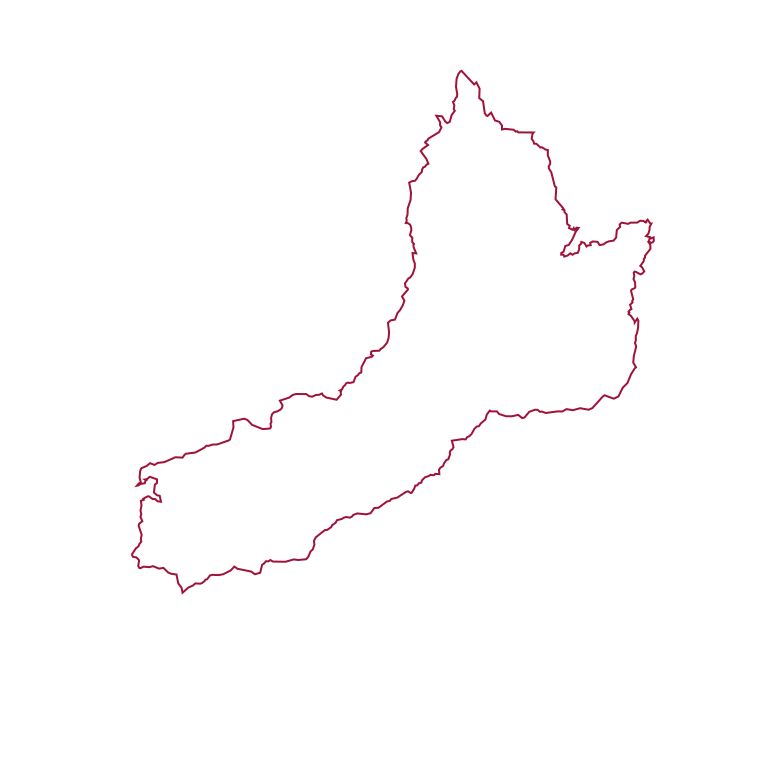 outline of Lopatari, Buzau, Romania, rotated 226°
{"feature_id": "2599482B38865643072398", "entity_name": "Lopatari", "entity_type": "district", "adm_level": 2, "iso_a3": "ROU", "parent_name": "Romania", "parent_adm1": "Buzau", "projection": "orthographic", "projection_center": [26.556, 45.546], "detail": "fine", "context": "isolated", "style": "outline", "palette": "rose", "viewbox_px": 768, "rotation_deg": 226, "n_neighbors": 0, "source": "geoboundaries", "source_scale": "gbopen_adm2", "svg_char_len": 6143}
<svg xmlns="http://www.w3.org/2000/svg" viewBox="0 0 768 768"><g transform="rotate(226 384 384)"><path d="M555.4,657.3L555.8,656.0L555.4,653.0L553.1,648.2L547.8,642.3L541.6,638.0L539.9,636.0L540.0,634.6L538.8,631.5L539.0,629.6L535.6,628.2L533.2,625.0L531.3,624.7L530.5,619.5L526.9,613.4L527.7,610.8L530.1,610.4L536.2,611.7L540.6,608.0L533.3,606.2L531.1,604.0L528.8,603.7L526.9,598.7L529.7,586.3L529.1,584.7L529.5,582.1L529.1,581.3L525.3,581.7L526.3,575.0L526.1,572.2L516.4,570.8L511.6,568.9L512.2,567.2L511.9,564.1L512.6,562.7L511.7,560.2L510.3,558.6L510.2,554.4L508.8,549.5L508.7,547.4L510.3,545.3L511.4,542.0L502.9,536.4L497.8,530.8L493.9,523.1L489.5,518.6L487.8,515.3L485.7,513.8L484.6,511.5L483.4,512.8L480.5,513.5L477.9,512.3L475.8,510.7L473.1,506.1L469.5,505.9L466.5,502.9L463.9,502.9L463.7,501.8L461.8,500.3L455.6,497.9L458.4,495.5L453.2,491.6L449.3,489.9L446.3,487.0L443.2,481.1L442.4,476.9L443.0,475.0L441.8,468.9L438.8,466.9L436.3,467.5L435.3,466.9L434.5,457.8L429.7,456.5L427.6,452.3L426.0,446.9L425.7,443.1L422.7,436.6L425.1,433.0L425.3,429.4L417.7,423.6L413.8,419.1L411.6,415.0L410.9,409.0L411.5,406.0L411.2,403.8L415.6,398.8L416.1,397.1L414.4,395.1L412.2,395.7L412.1,393.9L415.0,389.1L411.8,379.6L408.1,375.7L408.9,373.6L408.5,371.3L409.0,368.6L406.5,363.3L408.7,359.9L410.1,359.0L410.8,357.2L410.2,355.2L410.4,353.1L409.4,350.4L409.9,347.8L408.8,348.5L408.1,347.0L406.2,345.7L405.6,339.0L414.3,333.1L418.1,332.2L420.3,332.8L421.4,329.6L423.3,327.6L424.8,323.5L427.4,321.6L430.7,321.1L437.8,313.9L439.5,310.9L440.1,306.3L444.4,297.5L439.2,296.2L437.8,294.2L437.5,292.1L438.3,288.5L440.1,285.2L440.0,282.4L438.2,279.4L434.8,276.5L434.3,274.8L431.6,272.9L431.2,271.0L435.9,265.4L446.3,260.7L452.9,260.8L456.1,259.4L462.1,249.7L457.3,245.5L451.1,234.7L451.2,233.3L456.4,222.0L459.6,218.5L461.2,215.1L463.0,213.3L463.0,210.5L465.7,200.8L471.4,193.1L471.6,191.1L471.0,187.9L476.2,183.1L480.4,171.7L484.3,166.6L485.3,162.6L489.6,160.7L489.9,156.3L492.0,150.9L490.7,148.0L486.4,143.1L482.1,140.7L482.8,138.5L482.5,135.6L481.6,137.1L481.3,139.3L478.8,143.0L480.0,145.1L479.9,146.1L481.4,145.7L480.2,147.4L480.0,151.0L473.1,154.5L470.5,151.8L470.8,149.3L465.7,143.1L461.7,143.4L459.4,145.0L454.2,141.8L456.9,139.7L460.3,139.4L461.8,137.7L466.5,136.9L467.5,135.6L468.7,131.0L467.6,130.7L468.9,128.0L465.1,125.2L462.1,120.9L458.9,118.9L457.6,116.5L453.2,114.9L453.5,110.7L452.4,109.0L443.8,104.9L441.4,101.3L439.2,99.9L438.8,96.8L437.8,94.6L438.1,91.2L436.6,84.6L435.8,83.8L434.0,83.4L431.3,85.4L428.0,85.5L426.8,84.9L423.9,80.8L421.6,80.2L420.6,81.1L419.7,84.1L415.3,87.9L413.4,91.3L407.5,93.9L404.9,97.6L398.3,97.8L395.4,99.0L391.1,102.4L383.5,97.5L378.0,96.8L373.8,94.1L373.5,101.9L371.8,106.4L371.6,109.8L368.0,113.1L367.2,114.8L366.9,117.9L367.3,119.5L366.4,121.2L367.2,125.7L366.1,127.8L361.4,132.3L358.9,136.1L356.4,144.0L356.6,149.5L352.8,150.3L341.3,158.2L336.8,159.0L334.2,163.8L338.6,170.7L338.2,173.2L338.5,176.0L336.8,177.5L336.3,180.0L333.5,180.7L324.6,189.6L320.5,197.2L316.9,200.1L312.0,206.3L312.3,209.4L314.6,215.0L314.4,217.7L316.8,222.4L319.8,224.6L321.1,228.4L320.0,239.9L318.5,241.8L317.7,246.7L318.5,248.5L317.8,252.8L318.7,255.6L316.2,259.9L315.9,261.9L314.7,264.3L311.6,266.6L310.9,268.6L311.1,271.1L309.5,274.8L302.7,280.6L300.4,284.6L301.5,290.9L298.8,294.1L297.5,304.1L295.9,307.3L296.2,309.4L293.1,314.6L291.1,324.8L290.1,326.8L287.1,327.5L286.5,328.3L287.7,333.0L289.2,335.9L288.0,337.4L288.4,340.1L287.1,342.3L288.3,344.3L288.4,348.7L286.8,352.0L286.3,354.5L284.2,356.0L283.6,357.1L283.8,358.4L280.7,361.2L284.2,364.1L284.6,366.5L284.0,369.7L285.2,371.9L286.0,376.1L285.2,378.0L287.6,382.9L288.9,383.5L289.9,385.3L289.6,387.8L290.3,390.2L296.1,393.4L290.0,402.0L287.4,404.3L288.0,406.7L287.2,409.1L287.2,412.2L289.0,418.0L288.9,421.2L287.7,423.1L288.4,426.2L288.0,432.3L290.6,436.7L291.4,441.6L290.0,441.9L285.8,446.2L282.5,445.9L276.0,449.4L272.1,453.4L268.5,459.1L263.5,459.7L262.3,461.8L263.1,469.2L260.5,474.9L258.7,476.5L255.5,476.9L254.6,478.4L250.8,480.2L243.8,489.7L240.4,493.2L239.1,497.9L234.0,501.6L230.3,508.3L223.4,513.3L221.9,517.2L223.0,532.3L222.7,534.8L213.8,539.1L212.2,543.9L215.5,553.3L215.6,559.8L219.4,568.5L221.1,575.3L220.9,576.9L226.3,578.2L230.8,583.4L235.7,591.4L239.2,593.1L240.5,595.5L243.7,598.5L244.8,601.3L248.2,606.1L253.0,611.1L255.1,611.6L254.1,607.1L255.0,607.9L261.8,609.0L264.4,608.4L265.0,610.2L266.1,610.0L266.5,612.3L266.0,614.0L270.1,616.1L270.0,619.5L271.3,620.2L271.8,622.1L279.4,626.4L279.9,627.8L278.8,631.0L279.1,632.1L282.9,635.3L286.2,636.4L287.9,639.2L290.6,640.9L290.8,642.3L289.9,643.0L284.8,644.6L284.1,646.2L284.2,649.4L288.4,650.7L290.9,650.4L291.9,656.1L293.6,658.0L293.6,659.6L295.0,661.0L296.1,669.5L299.2,672.3L302.7,672.9L302.6,674.0L301.1,673.7L299.7,674.6L299.3,675.7L299.6,677.6L302.2,679.8L303.9,675.7L304.8,677.4L308.3,675.2L308.5,678.6L310.7,682.5L312.3,683.9L313.7,687.7L314.2,687.0L319.1,687.8L319.0,686.0L318.1,685.0L318.4,684.4L321.0,683.9L323.5,681.7L324.2,678.3L328.9,673.3L329.6,670.9L334.9,667.1L335.1,664.4L333.0,663.0L333.0,658.4L328.1,652.7L327.7,648.7L330.5,644.7L331.6,642.0L331.9,639.1L334.1,635.6L337.9,636.4L341.5,633.2L342.3,630.4L340.3,629.1L342.1,626.7L342.2,625.2L346.3,626.1L349.1,624.7L347.9,622.9L348.1,620.7L345.5,618.2L343.7,614.7L345.6,611.7L346.0,609.4L348.6,608.8L348.8,605.5L350.4,602.2L352.3,602.9L354.0,601.3L355.1,602.6L354.4,605.0L357.3,610.3L355.7,613.5L357.1,619.6L360.3,627.6L361.1,632.4L362.4,631.3L361.8,630.6L362.5,630.2L362.0,629.3L362.9,629.0L362.7,628.2L364.3,628.8L363.8,626.9L367.6,625.4L368.9,627.5L371.8,626.9L379.1,633.2L382.1,633.2L383.6,634.5L385.3,633.8L385.2,634.8L385.8,635.0L397.7,635.7L405.7,644.5L407.5,644.2L420.1,651.4L424.4,652.3L426.0,653.5L427.0,656.6L428.6,658.1L434.7,660.7L438.5,664.4L440.5,663.0L444.5,662.1L445.4,660.8L450.9,660.5L452.7,658.9L454.8,660.1L457.8,660.5L460.9,664.8L461.0,666.3L471.7,655.4L473.3,655.4L474.0,654.1L476.8,653.9L483.5,648.3L485.1,645.7L488.0,648.4L492.4,649.1L496.5,646.9L504.8,649.6L504.9,644.7L505.9,644.1L508.8,644.6L518.6,651.7L523.5,651.1L530.0,657.9L536.8,660.0L536.9,656.9L555.4,657.3Z" fill="none" stroke="#9f1239" stroke-width="2"/></g></svg>